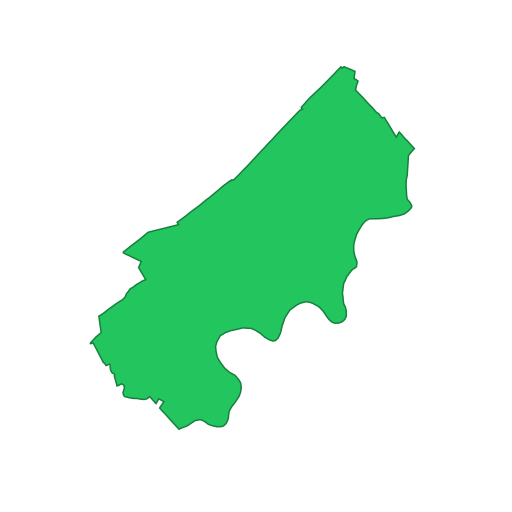 the district of Tamaseni, Neamt, Romania, rotated 70°
{"feature_id": "2599482B76925669671751", "entity_name": "Tamaseni", "entity_type": "district", "adm_level": 2, "iso_a3": "ROU", "parent_name": "Romania", "parent_adm1": "Neamt", "projection": "albers", "projection_center": [26.944, 47.0], "detail": "fine", "context": "isolated", "style": "filled", "palette": "green", "viewbox_px": 512, "rotation_deg": 70, "n_neighbors": 0, "source": "geoboundaries", "source_scale": "gbopen_adm2", "svg_char_len": 5371}
<svg xmlns="http://www.w3.org/2000/svg" viewBox="0 0 512 512"><g transform="rotate(70 256 256)"><path d="M390.4,366.3L390.6,364.7L392.1,362.5L394.4,360.6L397.9,358.3L400.8,354.7L402.9,351.5L404.2,347.8L404.7,345.4L404.0,343.1L402.9,341.1L401.6,339.7L399.4,337.7L395.0,335.6L392.4,334.0L389.4,330.5L385.7,324.7L381.9,319.7L378.4,316.9L374.7,314.9L370.4,313.9L368.0,314.1L365.5,314.8L360.9,316.6L356.3,320.6L350.9,323.7L344.1,325.8L338.1,327.0L332.2,326.2L327.1,324.9L323.0,321.9L318.7,316.9L317.5,310.6L317.5,305.5L318.4,298.8L319.1,292.8L320.8,289.0L322.3,285.4L325.4,282.1L330.1,278.4L335.3,275.5L339.3,272.2L341.7,269.2L342.1,266.6L340.6,263.2L336.8,259.4L330.6,255.3L323.9,249.9L320.5,245.5L318.3,242.5L316.8,237.3L315.9,233.9L315.5,230.4L315.8,227.5L315.9,225.9L316.2,224.5L317.0,222.8L318.3,220.8L319.9,218.9L324.1,215.1L326.6,213.6L330.2,212.0L334.0,210.9L337.0,210.2L340.3,209.3L343.1,207.9L344.7,206.6L345.9,205.2L346.5,203.6L347.4,201.0L347.2,197.3L346.0,194.3L343.4,191.7L339.2,190.2L338.5,190.0L338.3,190.0L334.7,189.5L330.9,189.9L327.5,189.2L324.4,188.3L323.8,188.2L320.5,187.5L312.6,183.4L312.2,183.1L311.5,183.0L310.6,181.6L306.1,177.4L305.9,176.5L304.6,175.0L303.7,173.3L302.2,171.2L301.5,169.4L301.2,167.6L300.8,166.0L300.2,165.1L298.4,164.2L297.3,163.6L295.7,163.1L294.8,163.1L289.6,163.1L287.8,162.9L283.9,162.2L279.4,160.5L276.8,159.1L270.0,154.0L266.8,150.3L263.9,146.9L260.8,141.9L260.2,139.5L259.9,137.6L260.0,136.3L261.0,133.4L262.9,128.1L264.3,123.2L265.3,118.7L266.0,112.5L267.0,107.6L267.1,105.4L267.2,102.3L266.3,98.9L265.7,97.3L265.0,95.8L264.2,94.2L263.4,93.2L262.7,92.7L261.8,92.5L261.2,92.5L257.8,93.1L256.2,93.8L254.3,94.5L250.6,93.7L241.7,91.1L239.5,90.3L237.4,89.5L235.4,88.5L232.1,86.4L215.0,78.9L213.6,78.3L213.3,77.7L212.9,77.0L212.4,76.1L212.0,75.7L211.6,74.8L211.4,74.4L211.1,74.0L210.7,73.2L210.1,72.2L209.2,70.4L208.5,70.7L207.6,71.1L204.6,72.4L202.7,73.1L200.6,74.0L198.9,74.7L197.8,75.3L196.6,75.9L195.9,76.1L195.3,76.4L194.6,76.6L193.3,77.1L191.7,77.6L190.9,78.0L190.4,78.2L190.1,78.3L189.0,78.7L188.7,78.9L188.5,79.0L190.8,81.8L192.2,83.5L191.8,83.6L187.5,84.5L187.2,84.6L184.1,85.2L182.3,85.5L180.8,85.8L179.2,86.1L176.9,86.5L174.3,87.1L173.1,87.4L171.6,87.7L170.6,87.8L169.8,87.9L169.0,90.6L166.8,91.3L165.9,91.5L164.5,91.9L163.7,92.5L162.9,93.1L162.6,93.5L160.4,94.4L158.3,95.2L158.0,95.3L155.6,96.3L153.9,97.1L153.7,97.2L152.4,97.8L147.4,99.9L144.6,101.0L143.0,101.7L141.9,102.2L141.2,102.5L140.6,102.8L140.2,102.9L139.7,103.2L139.3,103.4L137.6,104.1L135.8,104.9L134.5,105.5L133.8,105.9L133.5,105.4L129.7,102.9L126.6,100.3L124.8,101.4L122.8,103.2L116.4,99.8L112.9,103.4L112.2,104.2L111.7,104.7L109.8,106.9L109.2,107.5L108.6,108.1L108.2,108.5L108.9,111.0L107.7,111.3L107.3,111.5L110.7,118.5L111.6,120.2L117.6,132.7L120.1,138.1L122.8,144.5L125.5,150.7L126.4,152.6L128.5,156.5L129.1,157.5L131.7,162.5L132.0,162.7L132.4,162.7L132.9,162.7L133.2,162.6L133.6,162.3L133.9,162.1L134.0,162.5L134.0,164.8L135.3,167.5L139.7,176.5L147.0,191.2L149.8,196.7L150.0,197.2L151.9,200.5L153.6,204.2L155.8,208.6L156.7,210.1L157.8,212.4L160.2,217.2L162.2,221.1L164.5,225.6L167.1,230.7L168.5,233.4L169.2,234.9L169.8,236.2L171.9,240.5L173.1,243.0L174.8,246.5L176.3,249.6L176.6,250.6L176.7,251.0L176.8,251.4L176.7,251.4L176.3,252.6L176.1,253.0L176.3,253.2L176.3,253.4L176.7,253.5L176.8,253.8L176.6,254.8L176.6,255.4L177.9,259.4L179.0,263.2L179.7,264.9L181.3,269.0L182.4,272.3L183.5,275.2L184.8,278.9L185.1,279.7L185.5,281.0L185.8,282.3L189.4,292.5L192.5,303.0L194.6,309.1L197.4,318.6L200.0,318.1L200.0,318.3L199.6,322.5L197.8,339.3L196.9,347.9L196.8,349.4L198.1,352.8L200.6,359.9L203.8,370.1L205.2,374.3L205.5,375.0L205.8,375.9L206.1,376.9L206.5,378.2L206.8,379.1L207.4,379.5L207.7,379.6L216.1,371.4L220.4,367.2L221.8,365.7L226.7,370.3L232.0,369.3L237.2,368.3L240.5,367.8L240.6,371.2L241.1,373.7L241.5,375.4L241.7,376.8L242.1,378.6L242.7,380.6L243.3,382.2L243.5,383.9L243.8,385.4L244.3,386.2L245.1,387.4L245.9,388.3L246.2,389.1L246.9,390.1L247.2,390.7L247.8,391.2L248.6,391.9L249.7,392.8L251.4,396.4L252.4,401.2L253.0,403.6L255.7,413.1L257.5,418.6L258.6,422.9L258.7,424.2L263.6,425.3L275.1,427.7L277.2,433.7L281.2,441.5L281.7,441.6L282.2,438.7L290.5,437.6L300.7,436.3L304.0,435.9L304.4,435.5L304.7,435.1L305.0,435.0L305.5,434.9L306.8,434.6L307.5,434.5L307.7,434.3L307.7,433.8L307.5,431.4L307.5,431.0L307.7,430.5L308.0,430.5L308.7,430.5L309.5,430.6L310.3,431.0L311.3,431.3L311.9,431.4L313.3,431.6L314.2,431.6L315.1,431.4L315.8,431.4L316.3,431.3L316.7,431.1L317.5,430.4L318.0,429.9L318.5,429.5L318.8,429.4L319.1,429.5L319.8,429.9L320.5,430.2L321.3,430.2L322.6,430.4L324.4,430.5L327.4,430.7L329.7,431.0L330.5,431.1L330.3,429.8L330.7,429.6L330.1,425.9L330.6,425.6L331.4,424.9L332.4,424.4L333.8,424.4L335.5,425.2L337.5,426.7L338.7,427.6L339.8,427.9L340.9,428.0L341.7,427.9L342.3,427.8L342.7,427.7L343.2,427.4L344.0,426.3L344.4,425.6L345.3,424.4L346.2,422.9L347.6,420.5L348.3,418.9L348.7,417.9L349.2,416.7L349.5,415.9L350.1,414.9L350.9,413.8L351.4,412.6L352.0,411.4L352.5,410.3L352.8,409.2L352.9,407.8L352.6,406.8L352.7,406.6L352.5,405.9L352.0,404.8L351.9,403.9L359.9,400.7L360.5,400.4L359.5,399.2L356.9,396.2L361.4,392.4L364.8,397.2L365.9,398.5L366.7,398.2L370.4,396.8L371.5,396.2L373.6,395.3L379.7,392.9L385.6,390.5L392.5,387.6L392.2,386.1L392.1,378.7L391.1,374.7L389.8,369.2L390.4,366.3Z" fill="#22c55e" stroke="#15803d" stroke-width="1.5"/></g></svg>